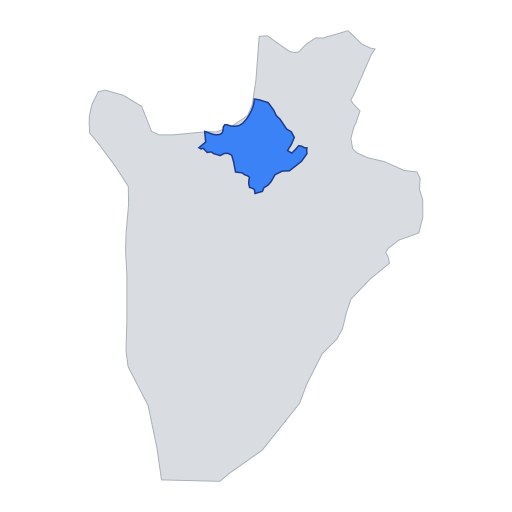 location of Ngozi within Burundi
{"feature_id": "BDI-2642", "entity_name": "Ngozi", "entity_type": "Province", "adm_level": 1, "iso_a3": "BDI", "parent_name": "Burundi", "parent_adm1": "", "projection": "robinson", "projection_center": [29.883, -2.862], "detail": "fine", "context": "in_parent", "style": "filled", "palette": "blue", "viewbox_px": 512, "rotation_deg": 0, "n_neighbors": 0, "source": "natural_earth", "source_scale": "10m", "svg_char_len": 1954}
<svg xmlns="http://www.w3.org/2000/svg" viewBox="0 0 512 512"><path d="M375.0,49.0L371.3,54.5L354.2,93.9L350.9,99.8L352.8,103.4L360.0,110.9L355.8,123.3L354.1,126.6L350.9,138.2L352.6,148.8L356.7,152.7L367.8,157.8L384.3,161.6L403.9,170.4L417.0,172.0L420.1,178.4L419.5,189.7L422.7,199.6L422.8,217.3L418.8,232.9L398.7,240.2L388.4,248.2L385.6,252.2L388.1,256.9L389.5,263.2L370.5,278.7L351.0,299.0L346.4,312.7L342.5,328.8L336.8,339.1L322.0,354.0L306.9,383.9L299.5,403.4L262.4,450.0L229.4,473.3L219.8,481.3L161.5,479.9L157.0,448.4L148.1,405.5L128.1,366.7L126.0,350.5L126.9,319.2L126.9,275.2L125.6,251.6L126.0,234.3L128.6,204.3L128.3,186.4L115.0,165.8L98.6,143.8L89.7,133.0L89.2,124.4L89.3,116.3L91.9,104.6L98.3,91.6L105.5,90.2L123.3,95.3L141.7,106.4L151.5,131.3L159.0,134.9L172.7,134.9L207.5,131.6L216.2,132.0L232.0,126.1L247.7,115.5L252.3,104.7L255.9,80.3L259.2,36.3L267.3,35.8L289.3,51.4L294.0,52.5L298.6,52.0L306.2,44.2L315.6,37.9L322.5,38.1L348.0,30.7L361.7,44.0L370.4,48.1L375.0,49.0Z" fill="#d9dde1" stroke="#a8b0b8" stroke-width="1"/><path d="M235.7,126.2L239.5,125.4L242.9,123.1L246.7,118.8L249.2,114.9L251.5,110.6L253.2,106.0L254.2,101.4L254.3,99.0L259.2,99.8L268.2,102.6L273.8,110.3L276.3,115.6L280.1,119.3L286.7,129.1L291.3,131.8L294.3,137.4L291.6,144.0L287.5,150.6L291.8,153.1L296.0,148.9L298.7,145.7L301.8,146.2L304.2,147.7L306.9,147.8L306.7,150.7L306.9,153.7L301.5,161.3L289.4,170.8L282.3,171.1L275.0,174.7L271.0,181.8L267.8,185.3L264.0,187.6L262.4,191.4L255.0,193.5L254.4,189.5L251.4,187.8L249.6,187.5L248.7,183.8L248.9,180.1L249.5,177.3L247.6,175.8L244.8,174.8L242.2,172.9L235.5,172.0L233.7,162.4L231.7,155.2L227.8,153.3L224.1,153.5L220.3,155.6L213.6,153.6L211.5,152.0L209.4,152.1L207.2,152.5L203.2,148.3L201.1,149.0L198.9,147.7L205.7,142.0L204.8,132.6L204.8,131.4L212.6,134.2L216.1,134.9L220.2,134.3L222.0,133.0L222.8,131.1L223.4,126.7L224.8,124.7L226.9,124.7L231.1,126.1L235.7,126.2Z" fill="#3b82f6" stroke="#1e3a8a" stroke-width="1.5"/></svg>